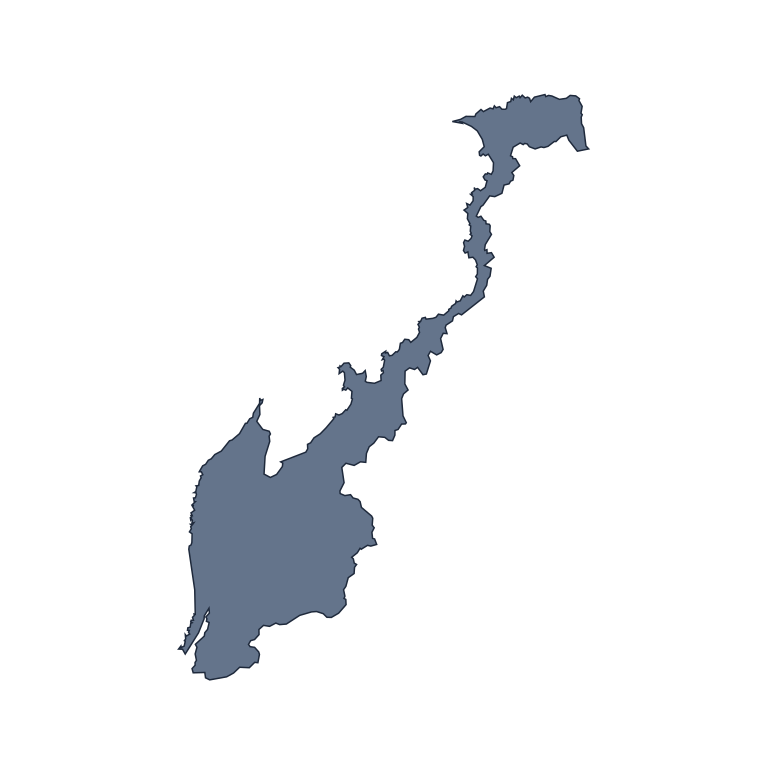 Bahía Solano (Mutis), Chocó, Colombia, rotated 36°
{"feature_id": "7082276B67825714501436", "entity_name": "Bahía Solano (Mutis)", "entity_type": "district", "adm_level": 2, "iso_a3": "COL", "parent_name": "Colombia", "parent_adm1": "Chocó", "projection": "robinson", "projection_center": [-77.369, 6.398], "detail": "fine", "context": "isolated", "style": "filled", "palette": "slate", "viewbox_px": 768, "rotation_deg": 36, "n_neighbors": 0, "source": "geoboundaries", "source_scale": "gbopen_adm2", "svg_char_len": 6121}
<svg xmlns="http://www.w3.org/2000/svg" viewBox="0 0 768 768"><g transform="rotate(36 384 384)"><path d="M428.8,713.4L432.2,706.2L433.7,698.0L441.8,692.7L443.0,685.2L445.8,683.6L442.2,676.0L440.1,674.4L434.1,673.1L430.1,675.2L427.4,674.3L427.0,670.0L429.5,666.8L430.2,660.2L427.1,656.1L428.4,650.1L433.9,647.3L437.0,641.0L441.0,640.0L446.1,635.6L451.8,620.7L459.4,610.9L463.2,607.7L469.9,605.5L474.9,606.3L478.6,603.8L482.0,596.1L483.0,584.8L479.7,580.7L477.7,581.0L477.1,578.6L472.2,574.2L472.1,570.1L468.9,561.7L471.2,554.9L467.9,549.6L467.9,546.1L465.2,546.4L462.0,543.5L459.7,543.2L461.6,536.3L461.2,531.0L462.7,531.1L465.5,524.2L468.6,522.9L472.4,518.1L467.5,514.9L465.5,515.6L461.4,511.1L460.6,506.1L457.4,505.1L453.8,499.2L451.6,498.1L438.3,497.1L433.8,493.2L430.7,492.6L425.9,494.4L422.0,493.2L417.9,497.3L412.9,498.4L411.2,496.4L409.7,487.3L398.9,476.3L399.8,470.5L407.7,467.4L410.7,460.8L415.3,458.1L410.6,450.5L408.9,443.5L410.5,437.8L410.6,429.9L416.0,426.7L420.8,426.9L424.2,424.8L422.9,419.0L420.2,415.2L422.1,412.5L421.8,406.1L424.8,403.7L424.8,402.2L418.1,398.6L406.9,385.5L405.6,380.5L407.0,374.7L400.8,371.7L393.5,361.2L395.2,355.9L400.2,354.3L401.4,350.8L410.1,353.6L412.4,351.0L408.0,338.0L402.9,335.0L402.4,330.2L409.5,329.5L411.8,325.0L411.5,321.3L403.1,314.0L402.1,308.2L405.4,306.2L400.4,302.4L399.6,299.9L402.3,292.7L400.6,288.7L402.9,283.1L406.1,282.5L414.0,254.5L409.7,250.5L409.1,243.8L406.3,238.5L406.4,234.5L402.7,227.4L395.6,229.2L398.6,216.7L393.7,214.6L390.6,217.7L388.3,214.8L387.0,216.7L386.2,216.0L384.0,211.7L383.0,199.8L380.0,198.5L376.9,193.6L375.3,192.9L372.4,194.4L370.6,192.3L368.4,192.9L363.8,191.3L362.2,193.9L360.0,193.9L358.1,183.5L359.0,181.2L358.9,169.7L363.5,167.3L367.3,160.4L364.2,152.5L367.5,148.6L367.2,145.5L368.5,143.3L366.5,139.0L363.1,137.8L365.5,127.7L358.0,124.4L355.7,125.9L354.4,124.6L352.2,125.0L349.3,116.5L352.5,109.0L355.9,108.5L356.4,106.7L358.7,105.6L362.1,106.6L368.1,105.0L371.7,99.9L374.4,98.7L377.0,95.3L379.2,87.7L380.6,86.8L381.7,80.1L385.6,75.2L390.2,78.1L403.6,82.0L411.4,73.5L407.4,72.7L394.9,59.3L390.8,57.3L386.7,52.2L386.1,49.6L384.2,49.1L381.1,42.9L375.1,40.1L374.5,38.3L369.8,38.2L365.0,41.1L363.6,45.7L358.6,50.6L350.6,52.3L347.5,53.8L346.0,56.4L344.1,55.2L337.1,63.5L336.7,69.4L333.8,67.3L331.6,67.5L330.1,69.6L326.1,69.1L325.8,72.4L324.2,71.6L322.7,74.6L320.2,74.5L321.6,78.1L319.2,78.0L320.5,81.0L318.5,83.8L321.2,89.1L320.7,90.4L317.9,92.4L314.5,91.7L312.3,94.6L309.8,94.1L310.5,97.3L307.6,98.4L304.3,105.2L301.1,104.9L299.6,111.5L300.3,114.2L293.0,119.3L290.4,124.9L285.0,131.5L293.7,127.3L291.7,127.0L293.2,126.1L303.3,124.2L310.7,124.4L319.7,128.3L325.6,133.1L324.5,140.2L326.9,142.8L328.4,142.6L329.0,139.7L331.9,139.8L333.3,136.8L342.5,140.6L347.0,147.5L347.6,151.3L343.8,152.3L344.1,153.5L342.5,154.5L342.5,158.1L345.8,159.6L347.9,159.0L350.3,165.4L348.5,170.9L344.9,170.9L343.2,172.9L341.5,172.0L343.5,174.0L342.4,177.7L343.7,178.4L342.5,179.6L346.0,180.0L348.4,183.4L348.4,188.7L344.8,189.4L348.0,192.0L346.5,196.3L351.6,196.8L354.3,201.3L359.2,203.7L359.4,205.2L361.3,205.2L364.0,209.7L365.9,210.7L365.7,212.3L368.1,212.4L368.9,215.0L368.2,219.0L364.8,220.0L365.3,222.9L368.3,225.3L369.8,229.3L372.7,230.4L374.2,227.8L378.5,232.0L381.4,229.2L385.0,229.8L389.4,232.7L389.6,235.0L391.4,235.2L394.9,240.2L395.1,243.3L397.8,243.9L402.1,256.6L402.0,261.4L398.5,263.1L397.7,266.5L396.0,266.3L396.8,271.9L394.8,274.7L393.5,274.4L394.6,276.8L393.0,281.4L393.6,283.1L392.5,285.6L393.4,286.6L391.8,293.2L387.0,295.5L386.8,299.5L384.9,302.2L379.9,306.8L378.3,305.8L376.1,308.4L376.8,311.8L375.5,313.0L376.7,313.3L376.4,315.8L379.2,317.2L379.6,319.3L382.4,321.3L383.2,327.0L381.2,334.6L378.0,333.6L374.5,335.6L374.6,339.6L373.3,341.4L376.1,347.0L376.0,350.2L374.6,351.0L373.7,356.1L371.8,358.0L368.4,356.3L367.0,358.0L366.1,356.4L364.4,360.9L365.2,362.5L367.9,361.9L368.3,365.3L369.3,363.9L370.5,364.3L373.6,370.9L373.1,373.8L374.4,374.9L375.3,373.6L376.9,375.2L376.2,378.7L379.6,382.9L375.9,389.0L369.0,392.8L367.2,392.7L365.3,388.4L360.9,384.2L360.4,387.9L356.2,392.5L351.8,390.3L346.8,390.2L346.3,388.7L343.1,387.6L339.4,390.7L339.0,395.1L337.8,395.2L338.4,396.1L337.2,397.8L339.4,398.2L341.6,402.0L343.1,397.8L345.3,398.1L350.2,403.8L351.9,408.9L353.7,409.5L352.9,412.1L354.0,413.5L354.6,411.9L356.7,411.4L357.0,408.5L362.4,408.8L366.0,414.7L367.2,414.6L369.1,419.8L369.4,427.1L368.2,427.3L367.6,432.5L365.8,435.6L362.4,436.5L363.8,439.4L362.5,440.9L363.8,441.6L362.9,453.6L361.7,461.8L359.0,468.7L359.2,474.7L357.6,477.8L360.4,481.3L360.8,485.1L346.2,507.7L348.6,507.5L350.3,510.5L350.3,520.3L347.0,526.4L339.9,527.4L330.3,512.4L325.3,497.6L321.7,493.7L321.5,491.2L318.9,489.7L312.6,492.0L303.0,489.0L301.5,481.6L296.0,474.7L296.5,470.9L295.1,467.7L293.7,469.8L291.7,468.4L294.7,472.8L295.5,484.4L297.4,488.1L295.8,491.1L296.2,496.3L295.0,497.3L296.3,509.1L294.0,518.6L292.4,520.8L291.8,533.9L288.6,540.5L288.2,546.1L286.7,548.9L286.9,553.8L285.4,556.8L286.1,563.6L287.9,562.4L290.7,563.9L289.6,566.3L291.2,567.4L291.6,571.1L293.7,575.0L291.8,576.9L293.0,577.2L295.0,581.7L294.2,583.5L295.8,582.5L297.2,583.6L298.3,586.9L296.9,588.2L299.7,590.8L300.5,590.2L299.8,594.4L301.8,594.4L300.3,595.2L305.0,597.4L303.6,601.7L306.2,603.2L305.2,603.9L306.5,604.6L305.9,606.0L307.7,607.7L307.7,606.4L309.1,606.9L310.5,609.6L311.7,608.0L311.7,609.8L310.0,611.2L311.7,611.4L311.5,613.1L313.2,614.3L313.5,618.0L316.8,618.0L321.7,625.1L322.5,627.6L321.7,629.6L323.2,632.4L351.9,661.8L366.7,681.3L365.5,681.7L366.6,682.9L366.2,685.3L368.7,687.1L366.9,688.5L367.4,690.0L369.1,689.9L368.3,691.2L370.1,694.6L368.6,696.6L369.8,698.8L371.3,697.8L371.8,699.8L373.8,700.5L372.3,704.0L370.5,703.5L373.4,706.8L373.4,709.0L374.4,708.9L376.4,713.5L374.8,716.4L373.7,715.3L373.6,719.2L376.9,717.0L381.9,719.3L380.2,694.3L376.5,679.8L374.9,677.1L374.2,668.3L377.4,672.0L376.8,677.2L378.7,678.0L379.8,680.4L382.7,679.7L385.5,686.2L385.2,690.5L386.8,693.6L384.4,705.5L387.4,706.9L389.9,713.4L394.7,717.8L394.8,720.3L396.5,722.6L396.0,727.1L399.4,729.8L408.6,722.7L412.3,726.6L416.9,725.8L428.8,713.4Z" fill="#64748b" stroke="#1e293b" stroke-width="1.5"/></g></svg>